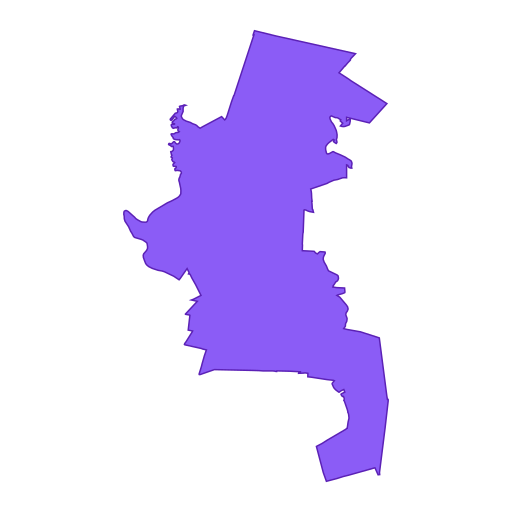 Schitu, Giurgiu, Romania
{"feature_id": "2599482B69197751187645", "entity_name": "Schitu", "entity_type": "district", "adm_level": 2, "iso_a3": "ROU", "parent_name": "Romania", "parent_adm1": "Giurgiu", "projection": "natural_earth1", "projection_center": [25.835, 44.132], "detail": "fine", "context": "isolated", "style": "filled", "palette": "violet", "viewbox_px": 512, "rotation_deg": 0, "n_neighbors": 0, "source": "geoboundaries", "source_scale": "gbopen_adm2", "svg_char_len": 6116}
<svg xmlns="http://www.w3.org/2000/svg" viewBox="0 0 512 512"><path d="M379.7,474.6L379.5,472.5L385.1,427.9L388.2,400.8L388.1,399.4L387.4,399.4L386.8,395.7L379.3,337.9L360.4,331.8L346.8,329.4L343.7,328.6L345.4,326.2L345.5,324.0L345.9,322.9L346.6,321.7L346.8,321.0L347.1,318.9L347.0,318.1L345.9,315.1L345.8,314.2L346.3,312.4L347.0,311.7L347.4,311.0L348.1,309.0L347.6,306.8L346.3,304.9L339.8,297.2L336.9,295.4L338.1,294.8L342.2,293.7L344.7,292.7L344.9,292.3L344.9,291.6L344.6,288.0L336.6,287.6L332.9,287.0L333.2,286.4L333.1,285.9L334.6,283.8L335.6,282.1L337.5,280.8L338.1,279.7L338.5,278.2L338.1,275.9L337.3,275.1L336.2,274.5L329.1,271.1L328.5,270.7L327.8,269.5L326.4,266.0L324.1,262.0L323.2,259.3L323.4,257.2L324.1,255.5L325.2,253.4L325.2,252.6L325.0,252.0L320.1,251.6L318.6,252.7L317.5,253.9L316.1,253.3L315.2,252.6L314.4,251.5L314.0,251.3L302.3,250.7L302.5,244.8L302.3,244.3L302.8,234.5L303.0,232.9L303.2,232.3L304.0,210.1L304.4,209.8L305.7,210.0L307.6,210.9L309.6,211.6L313.5,212.3L312.8,209.6L312.5,209.4L312.3,208.4L312.0,203.8L311.7,201.2L312.1,201.2L311.7,198.1L311.5,193.5L311.3,191.6L310.7,189.0L327.1,183.4L329.2,182.2L333.9,180.2L337.6,179.5L342.6,177.8L344.6,177.7L346.6,177.8L346.6,164.9L347.7,165.3L348.5,166.8L349.1,167.6L349.9,167.8L350.8,168.1L351.8,168.1L351.5,166.5L351.9,164.4L352.0,163.1L351.3,161.1L349.6,159.8L348.4,159.2L345.2,157.1L340.3,154.8L335.4,152.8L333.5,151.7L332.7,151.7L329.5,153.5L328.2,153.9L327.3,153.9L326.9,153.7L326.5,153.1L325.7,149.9L325.6,147.8L325.7,147.0L326.1,145.9L327.6,143.9L329.1,142.5L333.2,139.4L334.2,140.0L333.5,141.6L334.6,142.5L336.2,143.5L336.5,143.2L337.0,142.2L336.4,139.6L337.0,137.6L337.1,134.8L336.6,131.9L336.2,130.3L334.1,125.6L332.8,123.5L331.8,122.4L331.1,121.2L330.0,118.8L329.8,117.3L330.6,116.3L331.3,115.9L335.3,117.6L337.1,117.7L337.7,117.9L340.8,119.8L340.2,120.9L342.7,123.2L340.4,126.0L342.1,126.5L343.9,126.6L345.3,126.3L349.1,124.9L349.6,124.2L350.2,121.3L350.3,119.0L348.1,119.9L346.6,120.8L346.6,117.3L369.4,122.9L386.9,103.6L350.9,80.7L349.0,79.3L339.0,72.8L344.9,65.9L345.1,66.0L347.7,62.9L350.2,60.3L350.1,60.2L350.9,58.5L355.5,53.7L276.1,36.0L254.5,30.7L253.1,34.9L253.9,34.9L234.0,95.6L233.7,95.7L231.5,101.8L227.3,115.1L226.3,117.8L225.4,119.3L224.7,119.9L221.6,116.6L202.5,126.8L200.1,128.2L198.1,126.9L196.7,125.5L195.6,124.8L192.4,123.6L190.5,122.5L186.2,121.1L183.7,119.8L182.9,119.2L182.4,118.6L181.5,116.9L181.3,116.4L181.4,115.4L183.1,111.5L183.1,108.4L183.5,106.5L184.0,105.9L185.7,105.3L184.5,104.9L183.6,105.1L182.6,105.7L180.1,106.1L179.5,106.4L180.1,108.7L180.1,109.2L177.9,108.9L177.3,109.1L177.8,111.5L177.4,112.5L176.4,113.0L175.3,113.2L170.2,119.2L170.4,119.9L170.7,120.2L171.2,120.3L171.7,120.0L173.7,117.7L174.5,116.5L174.8,116.4L175.3,116.7L176.5,117.7L176.8,118.3L176.6,118.6L174.7,119.5L173.7,120.8L172.6,121.6L172.3,122.0L172.2,122.4L172.4,122.8L173.3,123.5L174.5,123.8L174.5,124.1L174.2,124.3L171.7,124.3L171.3,124.7L171.2,125.1L171.4,126.0L172.3,127.6L173.2,128.3L175.7,127.7L176.2,127.9L176.7,127.8L177.0,127.5L177.6,126.7L177.9,126.7L178.3,127.2L178.4,128.0L177.9,129.2L177.9,130.3L178.4,131.1L179.2,131.7L178.2,132.4L175.8,132.7L173.9,133.9L171.6,133.8L171.1,134.1L171.1,134.4L171.7,135.7L173.2,137.6L173.3,138.5L174.0,139.1L176.0,139.7L177.3,139.7L178.3,139.9L179.4,139.6L179.6,139.7L180.0,140.6L180.0,141.1L179.5,142.4L179.1,143.1L178.0,143.9L176.7,144.0L175.6,143.1L174.5,141.7L174.1,141.6L173.4,141.9L172.2,143.2L171.1,143.9L169.6,143.4L169.0,143.5L168.7,143.9L168.6,144.5L168.9,144.8L170.5,145.5L171.4,146.5L171.7,146.5L173.1,146.3L173.3,146.8L173.5,149.1L173.3,150.1L172.4,151.1L171.5,151.6L170.8,151.6L170.7,151.8L171.1,152.9L171.3,154.2L171.9,155.2L171.7,155.8L171.2,156.4L171.1,157.1L172.2,157.8L172.4,158.0L171.8,159.7L171.9,159.9L172.8,161.4L173.3,161.8L174.3,162.2L174.7,162.6L173.0,164.3L173.0,165.1L173.2,166.0L173.7,166.3L176.0,166.4L176.2,166.5L176.3,166.9L176.3,167.3L175.9,168.0L174.8,168.9L174.8,169.2L175.1,170.5L175.3,170.7L177.2,170.4L178.0,170.5L180.2,170.8L180.9,171.5L181.2,172.0L181.4,172.8L181.3,173.5L180.5,174.3L180.3,175.4L179.6,177.7L179.3,177.9L178.9,179.2L178.9,180.8L179.3,181.9L180.7,188.4L180.9,190.5L180.8,193.8L179.7,195.7L178.5,197.0L176.5,198.3L171.4,201.0L167.4,202.8L154.8,210.3L152.6,212.1L149.8,215.2L148.5,217.4L147.8,219.3L147.7,220.5L147.1,221.5L146.3,222.1L145.1,222.2L142.1,222.0L141.0,221.7L137.4,219.7L135.7,218.5L134.7,217.3L128.2,211.5L126.6,210.6L125.8,210.5L124.8,210.9L124.2,211.3L123.9,212.3L123.8,214.3L124.2,216.2L124.3,218.8L125.0,221.2L128.6,226.7L130.6,231.2L132.0,233.4L133.6,236.5L134.6,237.4L135.5,237.7L141.0,239.3L142.8,240.0L145.5,241.8L146.7,242.8L147.1,243.6L147.6,246.9L147.5,248.5L146.6,250.4L143.7,253.8L143.2,255.3L143.4,257.5L144.4,260.3L145.7,263.6L146.9,265.1L148.7,266.6L152.3,268.4L158.1,270.3L162.1,271.0L164.5,271.8L173.7,276.2L179.1,279.8L180.2,278.5L187.1,268.6L188.9,272.2L189.0,273.1L188.5,273.9L189.2,274.1L189.7,274.1L190.1,274.3L191.8,277.9L195.7,284.8L200.4,294.2L201.0,295.4L193.3,299.3L191.4,300.0L197.3,301.3L185.4,314.1L185.5,314.3L189.3,315.0L189.9,315.3L188.2,330.1L192.6,331.0L192.0,332.2L186.0,341.8L184.8,343.4L184.4,344.4L184.8,344.8L201.4,348.5L202.5,349.0L206.4,349.9L204.4,355.7L202.1,363.8L201.4,366.6L199.1,374.0L199.1,374.3L199.3,374.6L200.0,374.6L214.4,369.6L251.7,370.4L258.7,370.6L263.0,370.9L272.3,370.9L274.6,371.1L275.4,371.4L275.8,371.3L276.7,371.5L276.9,370.9L289.7,371.2L300.4,371.8L300.3,372.3L298.8,372.6L298.6,373.3L303.4,373.1L305.1,372.9L307.9,373.3L307.8,376.8L311.4,377.2L327.0,379.6L333.3,380.3L334.3,380.7L332.2,383.3L332.1,383.9L333.5,387.1L334.3,388.4L336.0,390.1L338.7,392.1L339.1,392.2L341.2,390.7L343.8,389.5L344.8,392.1L341.8,393.6L341.0,394.2L341.6,395.6L342.0,396.0L342.5,396.5L343.2,396.3L343.5,396.5L344.2,398.3L344.2,399.4L343.8,400.4L344.4,401.2L347.2,409.3L347.8,411.4L347.8,412.3L348.2,413.0L348.6,414.4L349.0,418.1L348.1,422.0L347.2,428.3L346.6,428.4L345.9,429.2L327.3,440.1L322.0,443.5L316.4,446.4L323.3,472.6L326.4,481.3L337.0,478.5L343.3,476.5L348.2,475.3L374.9,467.8L375.3,468.6L378.1,474.8L379.7,474.6Z" fill="#8b5cf6" stroke="#5b21b6" stroke-width="1.5"/></svg>